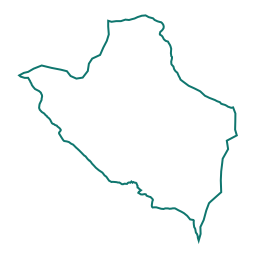 the district of Mayo-Dallah, Mayo-Kebbi Ouest, Chad
{"feature_id": "50815135B58245995276010", "entity_name": "Mayo-Dallah", "entity_type": "district", "adm_level": 2, "iso_a3": "TCD", "parent_name": "Chad", "parent_adm1": "Mayo-Kebbi Ouest", "projection": "mercator", "projection_center": [14.882, 9.1], "detail": "fine", "context": "isolated", "style": "outline", "palette": "teal", "viewbox_px": 256, "rotation_deg": 0, "n_neighbors": 0, "source": "geoboundaries", "source_scale": "gbopen_adm2", "svg_char_len": 4273}
<svg xmlns="http://www.w3.org/2000/svg" viewBox="0 0 256 256"><path d="M236.8,135.4L235.1,129.6L235.3,121.5L235.4,113.5L233.1,107.4L231.4,107.8L231.2,107.8L229.2,107.1L227.8,106.6L226.7,105.8L226.5,105.7L225.2,105.0L224.6,104.8L223.6,104.5L223.2,104.4L222.9,104.3L222.3,104.2L222.2,104.1L221.0,103.6L219.9,102.2L217.6,101.4L216.5,100.9L215.1,100.1L211.8,98.8L209.4,97.9L207.2,96.8L205.0,95.8L200.3,91.4L199.8,91.1L194.6,88.5L193.1,87.8L188.7,85.8L183.2,81.7L181.5,80.4L180.5,79.6L179.9,78.1L179.7,77.7L179.2,76.8L178.8,76.1L177.3,72.7L175.6,71.3L174.2,69.3L173.9,68.2L173.7,67.7L173.6,67.1L173.4,66.5L172.0,65.0L171.5,64.3L171.4,64.1L171.3,63.0L171.2,61.6L171.5,60.4L171.7,59.6L171.9,58.7L172.0,58.0L172.0,57.0L171.3,56.2L171.2,55.4L171.1,54.6L170.9,53.3L171.0,51.6L171.2,48.8L170.5,46.3L169.9,44.9L168.7,43.0L168.0,41.6L165.6,40.8L163.9,39.3L162.5,36.6L161.6,35.6L160.4,34.9L159.9,34.6L159.8,33.8L160.1,32.6L160.3,31.9L162.0,30.4L162.7,29.5L163.5,28.3L163.6,27.7L163.7,27.1L163.7,26.4L163.7,26.2L163.4,25.3L163.2,24.6L162.0,23.0L161.2,22.3L159.2,21.8L158.2,21.5L157.5,21.3L154.5,19.9L153.8,19.1L153.0,18.3L149.3,17.3L148.6,17.1L147.6,16.5L145.6,15.4L142.4,15.7L141.9,15.7L141.0,16.0L137.6,17.1L136.1,17.8L134.6,18.5L132.2,19.1L129.4,19.9L129.0,20.0L126.0,19.7L125.5,19.6L121.0,21.1L118.7,21.1L116.4,21.1L112.2,21.7L111.6,21.8L108.2,20.8L108.2,26.6L108.8,34.4L106.8,40.9L103.3,47.6L100.1,54.9L92.2,58.6L88.9,63.7L87.8,71.0L82.7,77.6L76.4,78.6L70.6,76.0L66.9,71.2L60.9,69.7L51.6,67.9L41.7,65.5L33.6,68.7L28.1,71.9L23.8,72.9L19.2,75.4L20.6,76.6L22.2,77.1L22.3,77.1L22.8,77.3L24.5,77.8L24.8,77.9L26.0,77.9L28.1,77.8L29.9,80.8L30.0,80.9L30.6,82.4L31.2,83.2L31.6,84.3L31.8,84.9L32.4,85.8L33.2,86.9L35.0,89.0L39.1,91.1L40.8,92.6L41.4,94.0L42.0,95.2L42.0,95.5L42.1,96.4L41.6,98.8L41.6,99.3L41.5,100.1L39.7,103.8L39.6,104.2L39.4,105.1L39.1,107.9L39.8,109.8L40.3,110.3L41.7,111.9L44.2,113.5L45.8,115.4L46.6,115.8L46.9,116.2L47.1,116.7L49.0,118.3L50.1,119.6L50.3,120.0L50.6,120.5L50.7,120.8L51.9,123.1L52.6,123.7L52.8,123.8L53.6,124.0L54.4,124.5L55.0,125.0L55.3,125.1L55.9,125.3L56.1,125.4L56.9,125.7L57.3,126.4L58.0,126.9L59.5,128.1L60.7,129.6L60.7,130.0L60.7,130.5L59.2,132.4L59.1,132.5L59.1,132.8L59.1,133.0L59.1,133.6L60.1,135.2L61.2,137.0L62.8,139.5L63.4,140.3L63.8,140.8L64.6,141.1L66.1,141.3L67.0,141.5L68.8,142.0L69.7,142.6L70.7,143.4L71.0,143.6L71.8,144.0L72.6,144.4L73.1,144.6L76.4,147.9L77.4,148.7L78.5,149.8L78.9,150.1L84.4,155.7L85.4,156.2L86.3,157.3L87.2,158.5L87.8,159.2L88.9,160.3L89.4,160.7L89.6,160.6L90.6,161.7L90.9,162.0L91.9,163.5L94.0,165.7L95.8,167.7L97.6,169.2L98.8,170.2L102.4,172.6L103.8,174.4L104.5,175.4L105.5,176.1L106.3,176.7L109.1,180.7L110.3,181.3L111.5,182.0L112.1,181.9L112.4,181.9L113.6,181.9L116.0,182.1L116.8,182.2L117.8,182.5L119.4,182.5L120.9,183.5L122.0,184.2L123.2,184.2L124.4,183.7L127.0,183.9L128.0,182.8L128.4,182.7L128.6,182.7L128.8,182.6L129.1,182.4L130.4,182.7L130.7,182.3L130.8,182.2L131.4,181.5L131.9,182.0L132.5,182.6L132.8,182.2L133.3,182.0L134.1,182.4L134.5,182.6L135.9,182.8L136.2,183.1L136.4,183.2L137.2,185.2L137.4,185.5L137.5,185.9L137.6,186.0L137.4,186.9L137.6,187.6L138.2,187.8L138.8,188.4L139.1,188.8L139.9,189.4L140.8,190.2L141.0,190.3L140.9,190.4L139.6,191.3L139.0,191.7L138.8,192.1L138.5,192.4L138.3,192.8L140.9,194.4L142.6,194.5L144.4,194.1L145.8,194.3L146.6,195.7L149.7,196.9L150.1,196.9L150.5,197.0L152.5,199.0L152.6,199.3L152.9,199.9L152.8,200.0L152.6,200.7L152.3,201.7L151.9,204.4L151.8,205.6L151.8,205.8L152.0,206.8L152.7,207.5L153.3,207.4L154.6,207.3L154.9,207.3L155.7,207.3L156.2,207.3L161.3,208.8L161.9,208.8L163.4,209.0L164.7,208.6L165.2,208.4L165.6,208.4L166.1,208.4L167.1,208.4L167.9,208.4L168.9,208.6L169.6,208.8L170.6,208.7L171.0,208.7L173.0,208.3L174.2,208.3L174.7,208.3L175.3,208.5L178.5,210.3L180.8,211.4L182.1,212.1L184.0,213.2L185.1,214.1L187.2,215.8L189.4,218.5L190.1,219.4L193.4,220.0L193.8,220.6L193.8,220.9L193.7,221.8L193.7,222.6L193.8,224.4L194.2,227.1L195.1,228.6L195.3,229.4L195.5,230.4L195.9,232.6L197.0,234.0L197.7,236.1L197.7,236.3L197.8,236.6L197.8,237.7L198.7,240.6L200.6,233.9L200.4,227.0L203.7,220.0L206.3,210.4L209.0,203.2L210.5,201.7L221.2,192.2L220.8,180.3L221.2,171.3L222.1,164.0L222.7,158.7L228.1,149.1L226.8,140.7L236.8,135.4Z" fill="none" stroke="#0f766e" stroke-width="2"/></svg>